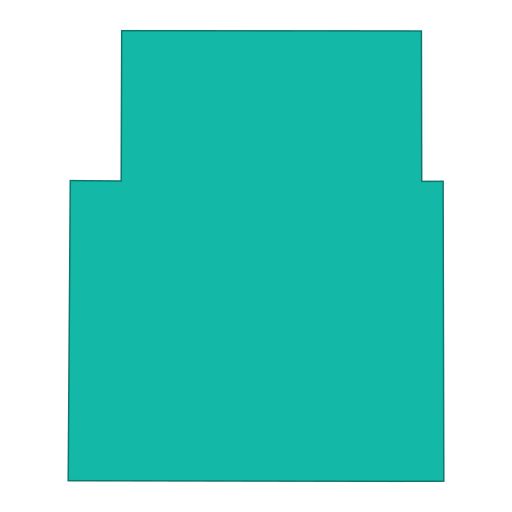 the district of Sheridan, North Dakota, United States of America
{"feature_id": "52423323B60934570924180", "entity_name": "Sheridan", "entity_type": "district", "adm_level": 2, "iso_a3": "USA", "parent_name": "United States of America", "parent_adm1": "North Dakota", "projection": "orthographic", "projection_center": [-100.282, 47.587], "detail": "fine", "context": "isolated", "style": "filled", "palette": "teal", "viewbox_px": 512, "rotation_deg": 0, "n_neighbors": 0, "source": "geoboundaries", "source_scale": "gbopen_adm2", "svg_char_len": 258}
<svg xmlns="http://www.w3.org/2000/svg" viewBox="0 0 512 512"><path d="M421.4,31.0L346.6,30.9L121.7,30.7L121.2,181.0L70.3,180.6L68.2,480.7L396.8,481.3L443.8,481.2L443.1,181.3L421.7,181.4L421.4,31.0Z" fill="#14b8a6" stroke="#0f766e" stroke-width="1.5"/></svg>